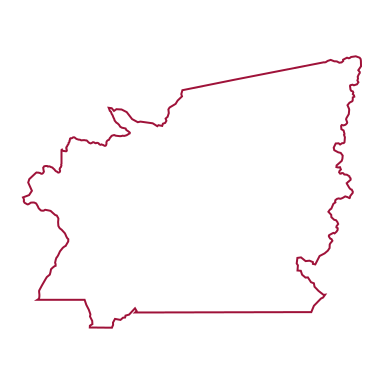 the district of Idaho, Idaho, United States of America
{"feature_id": "52423323B84985058746573", "entity_name": "Idaho", "entity_type": "district", "adm_level": 2, "iso_a3": "USA", "parent_name": "United States of America", "parent_adm1": "Idaho", "projection": "natural_earth1", "projection_center": [-115.719, 45.888], "detail": "fine", "context": "isolated", "style": "outline", "palette": "rose", "viewbox_px": 384, "rotation_deg": 0, "n_neighbors": 0, "source": "geoboundaries", "source_scale": "gbopen_adm2", "svg_char_len": 5842}
<svg xmlns="http://www.w3.org/2000/svg" viewBox="0 0 384 384"><path d="M311.3,312.1L313.9,305.8L320.9,298.6L323.1,297.5L325.1,294.7L323.6,294.9L318.5,290.9L314.5,286.7L313.9,283.3L311.0,282.2L307.9,277.4L305.5,277.6L302.1,274.7L300.8,270.8L297.5,270.5L297.9,265.3L296.7,263.5L297.4,257.9L301.0,257.4L305.6,261.1L309.5,260.7L312.9,262.1L312.9,263.9L315.3,264.4L319.6,256.0L324.6,253.4L327.8,250.7L329.6,248.0L329.7,244.6L330.2,243.5L332.4,240.8L331.5,239.1L330.2,238.6L328.9,236.5L328.9,235.5L329.2,235.1L332.7,233.2L333.5,232.9L334.6,233.4L336.5,231.7L337.6,230.0L337.7,228.2L336.4,227.4L336.5,226.3L338.2,224.0L337.3,221.9L336.0,220.2L334.2,219.8L331.4,217.2L331.2,214.8L328.4,211.8L329.9,209.6L331.3,208.7L333.4,203.8L335.4,202.4L335.1,201.4L335.4,200.1L337.1,198.8L338.8,198.4L340.2,198.8L341.4,198.5L343.1,197.7L345.2,196.4L347.5,197.1L349.4,198.1L349.8,197.9L350.3,195.9L352.7,192.9L352.8,191.7L351.7,189.6L350.5,189.2L349.3,187.8L346.8,183.6L346.7,183.2L347.2,182.9L347.8,182.1L348.8,181.5L349.4,180.7L350.4,180.1L350.7,179.1L350.5,178.2L349.7,177.4L349.4,176.3L346.8,174.7L344.3,174.5L343.3,173.3L342.0,173.0L341.1,173.6L340.2,173.7L339.1,172.3L339.5,171.0L340.9,169.5L340.0,167.2L338.2,167.5L336.4,167.1L336.6,165.4L338.0,164.2L341.7,160.9L342.4,158.8L342.7,155.6L340.7,152.9L338.2,152.3L334.3,150.2L333.7,147.7L335.7,143.5L338.6,143.3L340.1,144.5L342.1,143.2L343.7,143.1L344.5,142.2L344.9,137.2L344.0,134.8L344.5,134.0L343.6,130.5L341.4,129.2L341.1,126.0L341.8,125.0L343.4,125.4L345.1,124.9L345.9,124.4L347.0,123.2L347.2,122.4L346.1,119.4L346.3,118.4L348.8,114.1L349.2,109.8L349.0,108.7L347.5,105.2L349.5,102.7L352.3,101.2L352.7,100.3L352.8,97.4L354.3,96.7L354.0,95.4L352.8,94.1L353.3,92.5L352.8,91.4L351.3,90.9L350.5,89.6L350.0,85.9L350.4,85.2L352.6,84.7L353.9,85.3L357.0,84.3L358.4,82.2L357.4,80.5L358.0,78.5L357.7,76.8L358.7,74.5L359.7,73.1L359.8,72.1L358.3,70.2L361.0,66.3L360.9,60.8L360.6,59.0L359.6,57.7L355.8,56.3L351.1,57.0L349.9,57.9L348.9,58.3L347.0,57.7L343.1,59.7L343.2,61.0L341.6,62.4L339.3,62.7L336.8,61.4L334.3,61.3L330.7,59.9L327.7,60.9L325.7,62.2L324.3,62.4L323.8,62.3L234.6,79.7L182.4,90.2L181.3,94.1L182.0,96.4L177.6,100.6L175.6,103.9L169.6,107.5L168.4,109.4L168.8,113.1L167.6,116.8L165.6,118.6L166.4,120.8L165.2,122.9L162.9,123.7L162.2,125.9L158.4,125.2L157.3,126.2L152.7,123.3L140.4,121.6L137.8,122.2L132.1,119.1L126.7,112.1L121.6,109.5L116.4,109.2L114.0,110.9L111.7,108.2L108.7,107.8L109.3,109.3L109.8,110.8L111.0,111.9L111.5,113.4L111.8,114.1L112.6,115.3L113.4,117.4L114.3,119.2L114.6,120.5L116.4,122.7L117.6,123.4L119.1,124.9L120.2,126.7L121.9,127.7L123.4,128.0L125.6,128.5L126.4,130.1L127.7,130.9L129.0,131.9L129.8,132.6L129.7,133.4L129.2,133.6L128.5,134.1L127.6,134.6L126.7,135.2L125.4,135.6L124.3,135.9L123.4,135.8L122.5,135.7L122.0,135.9L121.1,136.1L120.0,136.2L118.4,136.0L116.6,135.8L115.3,135.6L114.6,135.1L113.3,135.2L112.7,135.5L111.7,135.8L111.1,136.5L110.7,137.1L109.8,138.1L109.4,138.9L109.1,139.6L108.6,140.0L107.9,140.2L107.4,140.6L106.7,141.4L106.4,142.6L106.5,143.5L106.2,144.9L105.7,145.6L105.3,145.8L104.5,145.8L103.2,145.0L102.4,144.8L101.5,144.4L100.6,144.8L99.9,144.6L99.2,144.2L98.8,143.5L98.0,143.0L97.0,142.8L96.3,143.1L95.4,143.2L94.0,142.4L93.0,142.2L91.9,142.9L90.7,143.4L90.0,143.2L89.1,142.8L88.7,142.4L88.0,141.8L87.5,141.2L86.9,140.6L86.4,140.4L85.6,140.4L84.8,140.2L83.9,140.1L83.3,140.2L82.7,140.2L81.8,140.3L81.1,140.3L80.4,139.9L79.8,139.7L79.2,139.7L78.5,139.6L77.6,139.3L76.9,139.1L76.1,138.7L75.6,138.3L74.9,137.7L74.5,137.4L73.9,137.3L73.2,137.3L72.7,137.7L72.2,138.0L71.6,138.3L71.2,138.3L70.8,138.2L70.2,138.5L70.0,138.8L69.9,139.3L69.8,140.2L69.5,140.7L69.5,141.6L69.1,142.3L68.6,142.8L68.6,143.5L68.4,144.0L68.2,144.5L67.6,145.1L67.3,145.7L67.1,146.4L66.6,146.9L66.3,147.4L66.5,147.9L66.5,148.6L66.3,148.8L66.4,149.1L66.6,149.3L66.8,150.0L66.8,150.6L66.5,151.1L66.1,151.3L65.3,151.2L64.7,151.1L64.1,151.0L63.6,151.0L62.8,150.7L62.4,150.3L62.0,150.0L61.9,149.7L61.5,150.0L61.5,150.7L61.5,154.8L61.5,158.2L61.5,160.5L61.5,162.2L61.5,163.7L61.2,164.4L61.2,164.8L61.4,165.4L61.4,165.8L61.2,166.1L61.0,166.5L60.9,167.1L60.3,167.6L60.1,168.1L59.8,168.6L59.6,169.3L59.9,170.0L60.1,170.8L59.9,171.7L59.4,172.3L58.7,172.5L58.2,172.6L57.6,172.2L57.1,171.7L56.5,171.5L55.8,171.1L55.2,170.5L54.7,169.9L54.4,169.4L53.5,168.7L52.9,168.1L52.5,167.6L51.7,167.3L50.8,167.0L49.9,166.5L48.9,166.3L48.4,166.5L48.0,166.6L47.5,166.4L47.1,166.0L45.7,166.0L44.2,166.3L43.2,167.7L43.5,169.9L43.9,171.6L43.4,172.6L42.8,173.3L41.9,173.8L41.1,173.7L40.0,173.0L38.1,172.6L37.1,172.6L36.5,172.5L35.9,172.9L35.8,173.0L29.3,179.1L28.2,182.5L31.9,190.8L29.1,195.1L23.0,197.4L23.6,198.5L23.9,199.5L24.0,200.2L23.8,200.8L23.8,201.3L23.9,201.6L24.6,202.8L27.3,204.3L27.8,204.4L28.4,204.2L29.0,203.9L29.8,203.4L30.4,202.9L31.0,202.6L33.8,202.5L34.3,202.6L34.8,202.8L36.2,203.5L36.3,203.7L37.7,206.1L38.7,208.3L40.7,210.3L41.5,210.6L43.3,210.7L44.2,210.4L44.7,210.0L45.2,209.8L48.9,210.5L50.6,210.9L52.7,212.8L55.2,215.0L56.0,215.3L56.6,215.4L56.9,215.7L58.2,218.1L58.4,218.6L58.1,222.0L58.3,225.1L58.4,226.0L59.4,227.8L60.0,228.5L61.6,229.7L64.0,232.3L64.9,233.3L65.7,235.0L66.3,236.5L67.4,238.4L68.0,238.8L68.3,239.2L68.2,241.5L65.7,245.8L65.6,246.0L64.6,246.4L62.8,247.8L60.0,251.3L58.3,255.0L57.2,256.9L56.5,257.6L55.8,259.5L55.1,262.7L55.1,262.8L55.6,264.1L55.6,265.8L54.7,266.1L54.4,266.3L52.7,267.6L52.0,268.3L51.0,269.3L50.5,272.0L49.8,274.6L46.8,277.1L45.7,278.9L42.0,285.3L39.2,290.5L39.1,291.7L39.4,294.6L39.4,296.1L39.3,297.1L39.1,298.3L38.9,298.6L38.2,299.3L37.4,299.8L84.6,299.8L86.3,304.8L88.8,309.7L90.4,314.3L90.0,316.5L92.2,320.9L92.4,324.1L89.9,325.7L89.8,327.5L111.9,327.7L113.1,324.9L113.0,322.6L115.0,318.9L120.5,319.9L123.0,317.7L125.1,317.5L125.5,315.6L129.1,314.6L135.0,308.3L136.6,311.0L135.1,312.5L269.1,312.2L311.3,312.1Z" fill="none" stroke="#9f1239" stroke-width="2"/></svg>